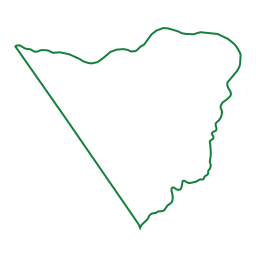 Sibinal, San Marcos, Guatemala
{"feature_id": "79465075B17563879064897", "entity_name": "Sibinal", "entity_type": "district", "adm_level": 2, "iso_a3": "GTM", "parent_name": "Guatemala", "parent_adm1": "San Marcos", "projection": "robinson", "projection_center": [-92.035, 15.127], "detail": "fine", "context": "isolated", "style": "outline", "palette": "green", "viewbox_px": 256, "rotation_deg": 0, "n_neighbors": 0, "source": "geoboundaries", "source_scale": "gbopen_adm2", "svg_char_len": 2323}
<svg xmlns="http://www.w3.org/2000/svg" viewBox="0 0 256 256"><path d="M240.6,54.5L239.7,52.3L237.7,48.7L236.2,46.3L234.3,44.1L228.1,39.0L217.7,34.0L200.4,32.2L193.4,34.3L185.8,33.9L181.8,33.2L177.7,31.2L168.0,28.4L163.4,28.0L156.5,30.5L151.5,34.4L144.1,44.6L140.5,46.6L136.7,50.4L135.2,51.1L131.0,51.5L127.7,49.9L123.3,49.1L116.8,49.6L110.4,51.9L103.4,57.9L97.5,62.1L92.0,63.4L88.7,63.1L83.3,61.4L79.7,59.0L69.0,54.2L59.9,52.3L53.0,52.8L49.0,50.8L45.4,50.1L41.1,50.1L37.0,51.7L34.4,51.7L30.6,49.4L25.3,48.6L19.6,45.3L16.3,45.6L15.4,46.5L65.4,117.9L133.3,216.5L138.9,224.8L140.1,228.0L140.8,226.3L141.4,225.2L142.0,224.5L146.8,219.9L147.6,219.0L148.3,217.9L148.7,216.8L149.2,215.9L150.0,214.9L151.6,213.7L152.7,213.4L153.8,213.2L154.6,213.1L156.2,212.8L157.5,211.9L158.4,211.4L159.7,211.3L161.6,211.2L162.8,211.0L164.1,210.3L164.7,209.6L165.4,208.5L167.5,205.5L168.6,204.8L169.6,204.1L170.4,203.5L171.0,202.9L171.7,202.1L172.3,200.8L172.5,199.9L172.8,198.2L172.7,196.9L172.4,194.6L172.2,193.3L171.6,191.6L171.5,189.9L171.6,188.5L172.1,187.7L173.1,187.4L174.4,187.9L175.5,188.7L176.6,189.4L177.6,189.8L178.8,189.9L180.3,189.4L181.1,188.3L181.4,187.5L181.7,186.3L182.0,185.2L182.2,183.5L182.5,181.8L183.0,180.8L184.4,180.7L185.5,181.5L187.3,182.4L188.7,183.0L189.5,183.0L190.6,182.9L191.8,182.6L193.6,182.3L195.8,181.7L197.3,181.0L198.7,180.1L199.9,179.5L201.0,179.3L202.3,179.6L203.3,179.2L203.7,178.6L204.5,176.8L205.4,175.9L206.6,175.2L207.5,174.6L208.1,173.8L208.2,172.7L208.1,171.8L208.5,170.1L209.6,169.2L210.1,168.1L210.5,166.9L210.8,165.6L209.8,161.7L210.4,157.8L210.8,154.7L210.7,150.5L210.3,146.0L210.2,144.2L209.9,142.5L209.8,141.4L210.3,140.6L211.2,140.0L212.4,139.4L213.0,138.8L213.4,137.8L213.4,136.8L213.0,135.9L212.4,135.1L211.8,133.7L212.5,132.4L213.3,131.8L214.8,131.2L216.0,130.5L216.5,129.1L216.2,127.2L215.9,126.3L215.6,124.6L215.7,123.6L216.2,122.8L217.5,121.5L218.8,120.4L219.7,119.3L220.3,118.2L221.2,116.4L221.7,114.4L222.1,111.7L221.6,110.3L220.7,108.0L220.6,106.4L221.0,105.2L221.8,103.6L222.8,102.4L224.2,101.3L226.6,99.6L228.4,98.0L229.8,96.7L230.3,96.0L230.9,94.5L230.9,93.5L230.5,91.7L228.5,88.4L227.7,86.6L227.3,84.9L227.2,83.6L227.7,82.1L229.6,79.9L232.8,76.1L235.5,72.8L236.7,71.5L238.3,68.8L239.4,66.7L240.1,63.7L240.3,60.2L240.6,54.5Z" fill="none" stroke="#15803d" stroke-width="2"/></svg>